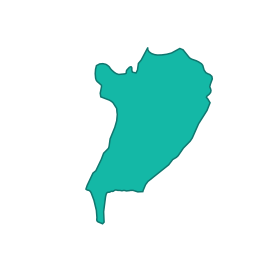 Nangarhar, Robinson projection, rotated 302°
{"feature_id": "AFG-1764", "entity_name": "Nangarhar", "entity_type": "Province", "adm_level": 1, "iso_a3": "AFG", "parent_name": "Afghanistan", "parent_adm1": "", "projection": "robinson", "projection_center": [70.357, 34.369], "detail": "fine", "context": "isolated", "style": "filled", "palette": "teal", "viewbox_px": 256, "rotation_deg": 302, "n_neighbors": 0, "source": "natural_earth", "source_scale": "10m", "svg_char_len": 1959}
<svg xmlns="http://www.w3.org/2000/svg" viewBox="0 0 256 256"><g transform="rotate(302 128 128)"><path d="M206.8,102.2L205.1,103.0L203.8,105.4L203.6,108.5L204.3,111.6L205.4,114.2L207.8,117.8L211.1,121.8L214.7,125.2L222.9,129.8L223.5,133.2L220.1,142.9L220.1,145.4L221.2,150.2L221.5,153.0L221.4,156.3L220.7,158.2L217.4,161.9L216.2,164.7L216.3,166.9L216.7,169.1L216.2,171.8L214.3,173.5L208.6,174.7L206.2,175.5L204.9,177.4L203.6,178.6L201.9,179.2L199.8,179.0L196.6,178.0L195.5,178.3L195.0,180.1L192.9,184.2L184.7,185.7L169.0,185.6L153.5,187.8L149.9,187.7L140.3,185.6L131.0,185.2L128.8,184.6L124.9,182.6L118.3,182.0L93.2,173.2L89.3,172.9L83.2,173.9L81.9,174.3L81.0,173.0L79.0,170.1L77.8,165.3L76.5,163.3L75.6,162.3L73.8,160.0L73.2,158.1L73.0,157.7L72.7,157.3L71.8,156.4L71.5,156.0L71.3,155.5L70.9,154.4L69.7,152.4L69.2,151.0L68.9,150.4L68.5,150.0L67.9,149.6L66.6,149.0L66.3,148.8L66.0,148.4L65.7,147.7L65.4,147.4L65.1,147.1L64.1,146.6L63.9,146.4L63.6,146.1L62.8,145.0L62.2,144.6L61.4,144.4L60.2,144.6L57.8,145.4L44.1,151.7L35.5,157.6L33.3,157.2L32.5,152.2L32.7,151.2L33.0,150.7L33.7,150.1L35.6,149.1L41.4,144.8L48.6,137.5L53.3,131.4L54.1,130.0L54.4,128.8L54.4,128.1L53.8,126.2L53.8,125.5L53.8,125.0L53.9,124.7L57.7,123.8L71.2,122.2L74.7,123.4L87.2,122.0L93.7,120.7L100.4,122.2L102.4,121.7L109.3,118.6L121.5,116.5L128.1,114.6L133.9,111.7L135.4,110.4L138.6,108.0L141.5,101.9L141.8,100.0L141.8,97.6L140.0,88.4L142.8,86.0L148.9,83.7L150.2,82.8L151.1,77.2L151.8,75.6L153.1,74.1L156.7,71.4L160.7,69.3L164.2,68.2L167.3,70.0L169.2,72.5L169.6,73.6L170.2,75.3L170.3,76.1L170.3,76.8L170.1,78.9L169.8,80.0L169.0,81.7L168.4,83.8L167.9,87.1L167.9,89.3L168.5,91.8L172.2,96.6L172.8,97.0L173.6,97.4L174.1,97.2L175.3,96.5L176.3,96.3L177.7,96.5L180.1,97.0L181.1,97.6L181.6,98.2L181.4,98.8L181.1,99.3L180.4,99.8L178.9,100.7L178.2,101.6L177.7,102.2L178.9,105.6L182.2,105.3L188.3,102.6L192.6,103.2L206.7,102.2L206.8,102.2Z" fill="#14b8a6" stroke="#0f766e" stroke-width="1.5"/></g></svg>